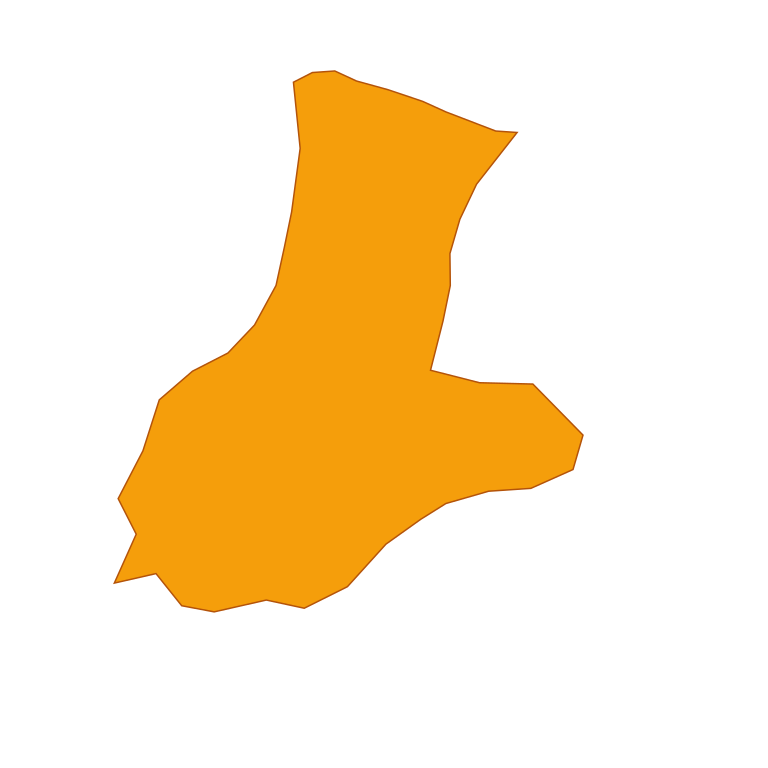 outline of Vouno, Cyprus, rotated 201°
{"feature_id": "46923920B84175879227777", "entity_name": "Vouno", "entity_type": "district", "adm_level": 2, "iso_a3": "CYP", "parent_name": "Cyprus", "parent_adm1": "", "projection": "mercator", "projection_center": [33.395, 35.261], "detail": "fine", "context": "isolated", "style": "filled", "palette": "amber", "viewbox_px": 768, "rotation_deg": 201, "n_neighbors": 0, "source": "geoboundaries", "source_scale": "gbopen_adm2", "svg_char_len": 699}
<svg xmlns="http://www.w3.org/2000/svg" viewBox="0 0 768 768"><g transform="rotate(201 384 384)"><path d="M518.4,657.0L542.1,658.6L562.5,649.1L576.7,633.3L546.7,573.9L531.9,511.5L526.0,475.9L520.1,437.3L526.0,392.7L540.8,357.0L567.4,327.3L588.1,288.7L585.1,235.2L591.1,181.7L561.5,155.0L564.4,101.5L528.9,125.3L493.4,104.5L460.9,110.4L416.5,140.1L378.1,146.1L345.5,181.7L324.8,235.2L301.2,270.9L283.4,294.6L247.9,321.4L209.5,339.2L176.9,371.9L179.9,407.6L245.0,437.3L295.3,419.4L345.5,413.5L351.5,464.0L357.4,499.7L369.2,529.4L372.2,565.0L369.2,603.7L349.9,666.5L370.4,660.2L390.9,660.2L423.9,660.2L449.1,661.7L485.4,660.2L518.4,657.0Z" fill="#f59e0b" stroke="#b45309" stroke-width="1.5"/></g></svg>